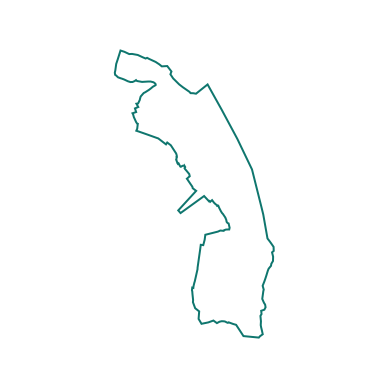 the district of Baile Tusnad, Harghita, Romania, rotated 134°
{"feature_id": "2599482B24277216401355", "entity_name": "Baile Tusnad", "entity_type": "district", "adm_level": 2, "iso_a3": "ROU", "parent_name": "Romania", "parent_adm1": "Harghita", "projection": "albers", "projection_center": [25.861, 46.146], "detail": "fine", "context": "isolated", "style": "outline", "palette": "teal", "viewbox_px": 384, "rotation_deg": 134, "n_neighbors": 0, "source": "geoboundaries", "source_scale": "gbopen_adm2", "svg_char_len": 3065}
<svg xmlns="http://www.w3.org/2000/svg" viewBox="0 0 384 384"><g transform="rotate(134 192 192)"><path d="M245.2,42.3L243.0,45.6L241.3,48.3L240.0,50.1L237.1,52.6L233.6,56.7L231.5,57.2L229.4,59.7L226.4,58.2L223.8,59.0L222.2,61.2L221.7,63.3L220.1,67.2L213.8,71.8L212.4,72.6L210.4,76.0L208.3,76.9L206.1,77.8L203.5,79.0L200.6,80.4L195.9,82.8L193.9,83.6L190.2,83.9L188.5,85.1L185.4,85.8L182.2,88.7L179.8,92.5L177.6,92.3L174.8,95.2L174.1,98.7L173.5,102.0L173.0,105.4L158.7,125.1L154.6,131.6L134.1,164.5L122.3,196.3L112.1,228.1L103.8,255.5L118.5,257.4L120.2,259.9L121.9,261.7L121.7,263.3L123.0,271.4L123.5,276.0L123.4,282.6L123.4,284.4L122.3,289.3L119.6,290.5L118.6,297.3L122.6,301.0L122.9,304.3L123.7,308.5L126.0,315.1L126.7,317.5L128.2,318.1L129.3,321.0L131.1,326.2L134.3,331.0L136.4,333.0L138.1,338.0L139.9,341.7L148.3,337.5L152.5,335.5L157.7,331.7L159.8,330.4L161.1,328.7L160.9,327.6L160.9,324.9L159.6,322.0L159.2,321.3L158.9,320.5L158.5,319.7L158.0,318.4L156.9,315.1L155.7,312.7L154.2,311.2L152.0,310.3L150.4,310.0L150.5,309.2L150.3,308.7L150.0,308.1L148.3,305.6L147.5,304.4L142.8,300.1L141.3,298.5L139.9,296.1L139.7,295.4L139.6,294.6L139.6,293.5L139.7,293.1L140.0,292.7L140.4,292.4L143.6,293.3L145.8,293.5L148.4,293.9L152.6,294.9L154.4,295.5L158.4,295.3L159.1,295.2L160.6,294.4L162.1,293.5L165.7,292.3L167.1,293.3L168.2,289.7L171.5,291.1L173.3,287.7L176.7,289.5L177.1,288.2L177.3,287.9L178.5,285.9L179.4,283.6L180.5,280.8L181.0,278.6L180.7,278.3L181.5,277.7L184.5,275.4L186.6,274.6L185.5,272.3L183.0,266.9L181.4,263.4L177.7,255.2L176.9,253.5L175.8,243.8L173.6,244.2L173.1,239.7L175.3,230.2L175.6,229.6L176.3,228.4L177.1,227.4L177.3,227.5L177.4,227.3L177.6,227.4L178.2,226.8L178.7,226.4L179.1,226.2L179.4,225.9L179.9,225.2L180.0,225.3L180.9,223.4L180.8,222.4L181.0,222.2L181.4,222.3L181.6,221.5L180.8,221.2L181.6,218.9L181.8,218.0L181.8,217.8L181.5,217.5L179.7,217.0L178.7,215.9L178.3,216.0L178.8,214.2L180.0,214.0L180.3,213.0L181.0,206.5L182.2,204.6L186.0,204.9L186.2,203.6L186.5,202.4L188.0,195.3L188.8,194.1L188.3,189.8L214.8,189.1L215.1,185.6L186.5,180.5L186.8,174.8L186.9,173.3L186.3,173.2L186.3,172.5L186.4,172.1L183.9,171.9L184.4,168.8L184.4,167.5L184.4,166.8L184.4,166.2L184.2,165.6L184.1,164.9L184.5,164.2L183.6,163.6L184.5,161.5L185.8,157.7L186.3,155.6L186.3,154.6L187.3,150.0L187.6,149.6L187.8,149.2L187.9,148.6L188.6,147.5L189.4,146.4L189.6,144.9L189.2,143.8L191.6,140.1L193.1,139.2L195.3,141.4L197.2,142.4L197.9,142.2L200.1,144.9L202.4,145.8L207.9,149.2L213.5,152.7L217.6,149.7L222.4,147.0L223.9,149.0L228.1,145.9L232.8,142.5L242.6,135.4L243.7,134.4L250.6,130.2L254.4,127.9L255.8,127.2L258.0,125.9L258.8,125.4L260.1,124.4L260.6,125.4L262.6,123.9L263.1,123.2L263.2,122.9L265.4,120.4L269.0,116.1L270.6,114.8L272.0,111.9L273.4,109.0L272.9,103.9L278.7,99.1L280.2,93.6L274.5,89.7L269.6,87.3L269.0,83.0L266.2,82.1L264.2,80.8L263.8,80.3L263.1,79.5L262.7,79.0L262.3,78.4L262.0,77.6L261.9,77.3L261.8,76.7L261.2,75.3L260.3,75.1L258.3,70.6L256.9,68.0L258.4,61.4L259.9,54.9L250.3,42.8L248.5,42.9L245.2,42.3Z" fill="none" stroke="#0f766e" stroke-width="2"/></g></svg>